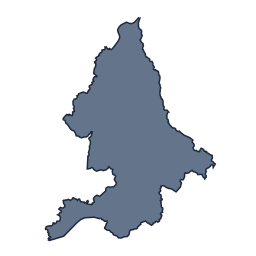 Peixe, Tocantins, Brazil (Albers equal-area conic projection), rotated 358°
{"feature_id": "56859067B6869942265755", "entity_name": "Peixe", "entity_type": "district", "adm_level": 2, "iso_a3": "BRA", "parent_name": "Brazil", "parent_adm1": "Tocantins", "projection": "albers", "projection_center": [-48.57, -11.931], "detail": "fine", "context": "isolated", "style": "filled", "palette": "slate", "viewbox_px": 256, "rotation_deg": 358, "n_neighbors": 0, "source": "geoboundaries", "source_scale": "gbopen_adm2", "svg_char_len": 5828}
<svg xmlns="http://www.w3.org/2000/svg" viewBox="0 0 256 256"><g transform="rotate(358 128 128)"><path d="M124.9,24.6L122.9,26.4L121.1,29.3L121.3,31.5L122.9,35.8L122.6,38.1L121.4,40.5L116.6,46.6L114.3,49.0L113.7,49.0L113.1,48.5L112.0,48.7L112.1,48.0L110.8,48.5L110.0,47.9L109.2,46.2L107.8,46.2L107.9,48.0L107.5,48.7L104.7,49.2L104.8,50.0L104.2,51.5L103.1,51.7L101.7,53.3L101.9,54.2L101.2,54.4L101.0,55.1L98.6,56.4L98.0,57.1L98.9,58.0L99.0,58.9L98.5,59.6L97.0,60.6L97.2,61.9L97.9,61.8L98.1,63.8L97.6,65.3L97.8,65.8L96.5,67.2L95.6,72.1L95.8,72.7L96.6,72.7L97.6,74.2L98.6,74.6L98.7,75.3L98.0,75.8L96.6,75.5L95.6,76.4L94.7,78.3L94.8,79.6L95.4,80.0L93.5,81.2L94.0,82.6L93.5,83.2L90.9,84.4L90.7,85.9L91.2,86.4L91.3,87.6L90.9,88.4L89.7,89.0L89.8,90.1L89.2,90.3L88.4,91.8L87.7,91.9L86.6,91.2L84.4,90.5L79.9,92.1L79.3,93.5L78.0,94.1L78.5,94.6L78.1,96.2L76.6,97.3L75.3,97.2L73.9,99.5L74.0,103.2L74.6,103.6L75.0,104.9L74.8,105.8L74.1,106.3L74.9,107.9L74.6,108.7L75.1,109.3L74.6,109.7L73.2,110.0L73.1,110.9L73.5,111.7L72.8,112.7L72.8,113.5L71.1,113.5L70.4,112.6L69.9,112.4L69.6,113.0L68.9,113.2L68.7,112.5L67.5,112.7L67.1,112.4L63.6,116.0L63.5,116.8L63.6,117.5L65.3,118.2L66.1,121.2L67.4,122.0L70.7,127.3L72.3,128.5L73.8,128.8L75.6,132.1L75.9,134.0L78.4,134.4L79.4,135.5L81.3,136.2L83.6,135.5L86.2,135.4L87.9,134.3L88.5,133.1L90.0,132.2L90.6,130.7L91.5,130.4L92.2,130.6L90.8,135.1L89.0,136.3L88.5,137.3L89.8,139.7L90.0,141.1L89.6,143.7L88.7,145.2L88.9,146.5L88.7,148.3L87.6,151.3L88.1,152.9L88.1,153.8L87.6,154.4L87.0,154.5L85.8,167.5L88.6,167.2L90.5,166.2L91.1,166.3L92.5,168.4L94.9,170.0L99.0,169.0L99.8,168.9L101.7,169.7L104.6,169.1L107.0,167.2L107.0,166.4L107.7,166.0L109.4,168.2L111.4,168.9L110.7,171.0L111.3,173.8L112.4,174.4L113.0,174.4L114.0,175.7L112.5,178.9L114.4,182.6L114.0,184.2L111.5,186.3L107.5,186.4L106.0,186.1L104.2,187.1L103.7,188.1L103.6,189.8L103.3,190.3L97.5,195.2L96.6,195.1L95.3,194.3L94.0,194.2L93.6,194.8L92.5,195.3L91.1,197.1L91.1,198.6L91.7,200.2L91.5,201.1L89.8,201.8L89.4,202.2L89.6,203.0L88.7,203.3L84.4,202.5L84.2,202.0L85.8,200.2L85.3,199.1L84.7,199.3L84.4,200.1L83.5,201.0L82.1,201.5L81.8,200.6L78.1,200.0L77.1,197.4L76.5,197.2L75.9,197.5L75.0,198.6L74.1,197.3L73.4,197.4L71.1,195.9L70.3,196.0L70.1,196.8L67.9,198.4L66.2,197.2L64.5,197.8L63.3,197.7L62.6,198.1L61.3,197.9L60.6,198.5L61.1,199.7L60.9,200.4L61.3,201.7L62.2,203.0L62.1,204.1L60.7,205.6L59.4,205.7L57.7,205.0L56.0,206.6L58.1,208.2L58.5,208.9L58.4,209.7L57.1,210.1L55.9,211.8L54.7,212.3L56.9,213.6L57.3,215.3L56.8,218.1L55.7,218.8L53.8,218.6L52.7,220.7L52.0,221.0L51.3,221.2L50.7,220.2L49.9,220.2L49.4,222.1L48.2,223.1L47.3,223.3L46.7,222.9L42.9,223.7L42.0,225.8L42.2,226.5L43.4,226.6L44.3,227.4L44.5,228.0L44.2,229.6L45.2,230.3L44.8,231.7L45.3,233.1L46.6,233.9L47.0,234.7L45.6,235.4L44.8,235.1L44.5,235.7L45.8,236.6L44.7,237.2L45.4,237.7L60.0,233.9L73.8,220.7L78.0,217.6L82.0,216.2L91.2,216.0L96.4,217.6L98.1,217.3L98.7,218.6L100.0,219.1L101.5,220.5L103.7,220.2L103.8,221.9L102.8,223.2L102.5,224.6L101.1,227.0L101.2,227.6L103.2,229.2L105.7,229.7L106.4,230.2L107.2,231.4L109.0,232.3L109.6,234.1L113.5,235.8L114.6,237.5L117.6,237.7L120.3,236.6L123.5,236.4L125.1,234.8L126.3,230.6L127.6,229.8L129.4,229.9L130.8,229.1L133.0,229.1L133.9,228.3L134.1,227.4L135.3,226.4L135.6,225.8L137.4,224.8L137.5,223.1L142.2,221.6L144.2,223.6L145.1,223.8L146.9,225.3L148.2,226.0L149.6,225.0L150.0,223.8L151.4,223.7L152.2,222.5L153.7,222.4L154.1,223.0L154.6,223.0L155.8,222.5L156.3,221.8L155.9,221.1L156.1,220.4L156.9,220.2L157.9,219.1L157.8,218.5L158.8,216.8L158.6,216.0L157.8,215.8L157.4,215.1L158.1,213.9L159.6,213.5L159.3,212.9L160.0,210.4L159.7,208.9L159.1,208.8L158.5,207.3L158.6,205.6L158.1,204.0L158.6,203.4L157.7,201.6L159.5,201.1L159.8,200.4L158.4,199.1L158.8,197.7L158.6,196.1L157.3,195.2L156.7,193.5L158.1,192.5L158.5,191.7L157.9,190.1L159.0,188.8L158.7,187.4L160.2,186.9L162.3,187.2L163.8,188.5L166.2,189.7L169.4,190.4L173.8,193.5L178.2,188.9L179.5,184.9L179.4,184.3L178.3,183.2L178.5,181.8L179.8,181.4L181.1,181.8L181.7,181.3L183.0,178.1L182.9,176.3L183.7,174.8L184.9,175.4L187.3,174.8L188.4,173.8L190.8,172.6L191.7,174.0L193.0,174.2L195.3,175.3L196.2,177.0L200.3,176.9L200.8,178.5L201.7,180.0L202.4,180.3L202.9,181.6L204.5,179.6L204.4,178.1L203.6,177.1L203.6,176.4L204.7,174.2L204.2,172.7L205.0,171.6L206.1,170.8L207.0,170.7L208.9,169.2L209.8,167.8L211.1,167.8L211.6,168.3L211.8,170.4L214.0,166.9L212.8,166.1L211.8,164.7L210.5,164.0L210.2,163.0L211.2,161.1L211.2,158.3L209.7,157.9L207.7,156.3L206.0,155.5L205.3,155.0L205.7,154.4L205.2,154.0L203.3,153.9L202.9,152.2L201.0,150.9L200.4,150.8L199.3,152.3L198.8,154.0L198.2,154.2L197.7,153.8L196.9,154.0L195.4,152.7L194.6,153.0L193.3,152.5L192.3,150.1L193.6,147.9L193.5,147.1L193.1,146.1L191.6,144.4L192.4,142.4L189.4,139.8L183.9,137.2L180.1,134.0L179.3,132.9L177.9,133.3L176.3,132.3L175.7,131.6L175.6,130.6L174.5,129.7L172.5,129.4L169.7,126.3L168.9,124.5L168.2,124.0L168.6,123.5L168.4,121.3L167.3,120.0L167.0,119.1L167.4,117.8L167.1,116.5L168.5,113.7L169.2,113.5L167.6,111.5L165.3,111.5L164.6,110.3L164.4,109.5L164.9,108.3L163.9,106.3L163.9,102.1L163.0,100.1L162.4,100.1L161.9,97.8L161.2,96.6L161.1,93.2L161.5,92.4L161.4,90.6L161.9,90.0L162.0,88.5L161.4,87.0L161.5,85.7L160.5,84.5L161.7,79.5L161.6,77.1L160.7,76.0L160.3,72.6L159.1,71.8L158.3,71.8L157.6,70.6L156.3,70.9L155.8,70.6L155.6,69.4L156.4,68.0L155.0,65.8L155.1,63.8L154.2,62.3L153.4,62.4L152.3,61.9L151.9,61.3L152.2,60.1L149.4,57.8L148.7,57.8L147.9,55.9L147.9,54.4L146.7,52.5L146.0,50.4L145.3,50.1L145.5,48.0L146.3,46.4L145.8,44.9L146.1,44.4L144.1,42.4L144.0,41.6L143.1,40.6L143.2,40.0L143.9,39.6L145.4,36.1L144.6,34.0L145.0,32.5L144.9,31.2L144.3,30.3L142.8,29.3L142.0,27.2L142.1,24.7L141.7,24.2L143.7,18.6L142.9,18.7L142.4,18.3L138.0,22.6L135.6,23.8L133.0,23.5L130.1,22.2L124.9,24.6Z" fill="#64748b" stroke="#1e293b" stroke-width="1.5"/></g></svg>